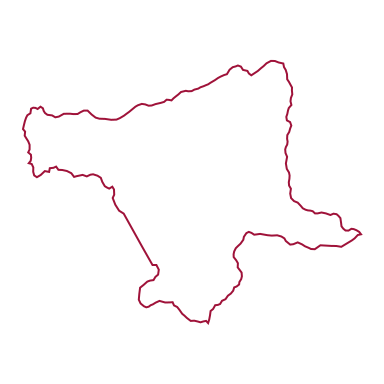 Mossâmedes, Goiás, Brazil
{"feature_id": "56859067B91157569259112", "entity_name": "Mossâmedes", "entity_type": "district", "adm_level": 2, "iso_a3": "BRA", "parent_name": "Brazil", "parent_adm1": "Goiás", "projection": "robinson", "projection_center": [-50.154, -16.176], "detail": "fine", "context": "isolated", "style": "outline", "palette": "rose", "viewbox_px": 384, "rotation_deg": 0, "n_neighbors": 0, "source": "geoboundaries", "source_scale": "gbopen_adm2", "svg_char_len": 3511}
<svg xmlns="http://www.w3.org/2000/svg" viewBox="0 0 384 384"><path d="M208.1,323.1L209.2,319.6L210.0,315.4L210.6,311.0L213.1,309.0L215.2,305.2L217.9,304.9L220.1,304.0L222.0,300.8L225.5,299.2L227.9,295.7L230.8,293.6L233.2,290.7L234.2,287.4L236.6,286.5L239.1,284.5L239.4,282.0L241.2,279.1L241.9,276.3L241.6,272.6L239.7,270.0L237.7,267.4L237.9,263.2L236.2,260.3L233.7,257.1L233.6,254.2L234.2,251.4L235.8,248.2L237.8,246.2L240.5,243.7L243.3,239.8L243.9,236.8L246.4,233.1L248.8,231.9L251.5,232.9L254.2,234.7L256.6,234.4L260.1,233.9L267.5,235.2L271.8,235.6L277.2,235.3L281.4,236.5L284.4,238.4L285.8,241.0L290.2,244.6L293.3,244.2L297.7,242.4L302.1,244.4L305.0,246.3L308.6,247.8L311.0,249.0L314.8,249.2L320.4,245.3L324.2,245.5L330.9,245.9L336.3,246.0L341.3,246.8L351.9,240.4L354.6,238.4L357.8,235.0L361.0,234.3L359.2,231.9L356.4,230.2L353.7,229.1L351.4,228.8L348.5,230.6L345.5,230.5L343.3,228.7L341.5,226.3L341.1,223.0L340.4,218.1L338.4,215.8L336.6,214.2L333.5,213.7L330.4,215.0L325.9,213.4L321.5,212.5L317.6,213.4L315.0,213.4L312.7,211.2L310.3,210.6L307.9,210.4L305.5,209.7L302.8,208.3L300.8,205.9L297.7,202.6L294.0,201.1L291.1,198.1L290.2,193.6L290.9,188.7L289.1,185.6L288.8,182.2L289.4,178.9L289.6,175.5L289.0,172.5L286.8,168.9L285.9,163.4L287.1,156.8L285.5,153.0L285.2,149.4L285.9,147.0L287.2,144.6L287.6,141.6L287.1,138.8L287.3,135.1L289.2,132.0L290.2,128.4L291.3,125.6L290.1,122.1L286.9,120.4L286.3,116.9L287.3,114.0L288.0,110.5L288.8,108.0L291.4,105.0L290.5,101.3L290.9,98.0L292.3,94.4L291.9,90.3L292.0,87.5L288.9,81.8L287.2,79.3L287.0,74.1L285.7,69.9L284.0,67.1L283.3,63.5L278.7,62.5L274.9,61.0L271.0,60.9L266.5,63.3L263.6,66.1L261.1,68.1L257.8,71.0L251.3,75.3L248.9,73.5L247.4,70.9L243.0,69.9L240.9,66.6L237.9,65.5L235.7,66.4L232.7,67.2L229.6,69.7L226.9,74.2L224.2,75.0L220.6,76.6L218.0,78.0L215.0,80.1L210.4,82.8L208.2,84.3L205.9,85.2L203.6,86.2L200.4,87.3L198.3,88.6L194.4,89.6L191.7,91.1L188.3,91.3L185.8,90.8L181.0,92.0L178.3,94.5L176.1,96.2L173.5,98.3L171.5,100.4L169.0,99.9L166.6,99.7L164.1,101.9L160.7,102.9L155.5,104.1L151.7,105.5L148.6,105.7L145.2,104.4L141.8,103.9L137.8,105.3L135.4,106.7L129.1,111.9L126.2,114.0L124.1,115.6L119.9,118.1L116.5,119.6L111.2,119.8L105.0,118.9L99.4,118.7L95.6,117.6L91.6,114.5L87.6,110.6L83.8,110.6L80.5,112.2L77.6,114.0L73.5,114.1L69.8,113.7L63.8,113.8L58.8,116.6L55.3,117.3L52.1,115.4L47.4,114.8L45.0,113.0L43.7,110.9L42.9,108.3L40.5,106.7L37.6,109.0L35.5,107.9L33.2,107.7L31.1,108.7L30.4,113.3L27.4,115.2L26.1,117.7L24.9,121.2L23.9,125.2L23.0,129.1L25.1,131.6L24.7,135.7L26.3,138.3L28.2,141.3L29.6,144.8L29.6,149.5L28.2,152.4L30.9,154.7L31.2,157.8L30.7,160.8L28.8,163.2L31.7,164.0L33.3,167.4L33.2,171.8L34.2,175.4L36.9,177.2L40.7,175.0L44.8,171.1L49.1,171.9L49.8,168.2L53.5,167.8L56.1,166.6L58.4,169.8L62.3,170.0L66.9,171.0L71.3,173.2L74.1,176.9L76.5,176.2L82.6,174.9L86.8,176.4L90.4,174.7L93.1,174.3L97.5,175.7L100.8,177.8L102.3,181.9L104.8,186.2L107.1,187.6L109.2,188.6L112.3,186.7L114.0,189.5L114.2,194.7L112.7,198.0L115.3,204.7L119.1,210.7L123.7,213.6L142.3,247.0L145.3,252.3L152.5,265.0L156.4,265.0L158.8,269.7L158.1,274.6L155.4,276.9L153.5,280.1L150.0,280.6L147.3,281.6L143.6,284.9L140.1,287.7L139.3,293.9L138.8,299.7L140.6,303.5L144.0,306.3L146.3,307.3L148.7,306.7L150.7,305.2L152.8,304.4L155.7,302.6L159.5,300.9L165.2,302.5L169.8,302.4L172.6,302.2L174.0,305.4L177.2,307.0L179.4,309.8L182.2,313.8L184.4,315.6L186.8,317.9L190.7,320.9L194.3,320.7L197.7,321.5L200.5,322.3L203.5,321.4L206.1,320.9L208.1,323.1Z" fill="none" stroke="#9f1239" stroke-width="2"/></svg>